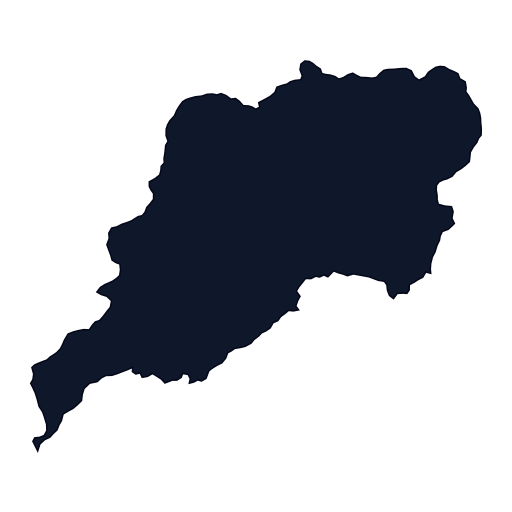 the district of Bocaina de Minas, Minas Gerais, Brazil
{"feature_id": "56859067B74757046772552", "entity_name": "Bocaina de Minas", "entity_type": "district", "adm_level": 2, "iso_a3": "BRA", "parent_name": "Brazil", "parent_adm1": "Minas Gerais", "projection": "albers", "projection_center": [-44.499, -22.241], "detail": "fine", "context": "isolated", "style": "filled", "palette": "ink", "viewbox_px": 512, "rotation_deg": 0, "n_neighbors": 0, "source": "geoboundaries", "source_scale": "gbopen_adm2", "svg_char_len": 3664}
<svg xmlns="http://www.w3.org/2000/svg" viewBox="0 0 512 512"><path d="M168.1,141.3L165.7,145.3L165.0,152.4L164.0,158.7L164.3,162.9L161.2,166.3L160.9,170.5L159.7,175.0L154.9,178.7L149.3,181.8L149.3,186.4L151.2,190.2L153.6,193.5L153.5,199.4L150.4,203.4L146.9,207.3L144.9,212.5L142.1,215.7L138.2,216.6L134.8,218.7L131.5,220.9L126.8,222.7L122.1,224.2L116.8,226.9L111.7,228.0L108.8,233.1L109.2,238.5L106.9,244.7L108.9,250.2L110.8,255.2L112.1,260.1L115.8,262.5L119.9,264.0L120.5,269.8L119.7,275.5L116.5,278.5L112.6,281.2L109.1,282.8L105.1,284.5L100.4,287.4L96.9,292.0L101.2,294.5L106.9,296.3L111.6,300.8L110.3,307.4L107.5,310.7L103.4,316.2L99.5,320.6L95.3,321.9L92.4,325.2L89.2,329.9L83.7,329.6L79.0,330.5L73.8,331.8L68.1,334.0L64.4,340.2L62.6,344.5L60.5,348.7L56.9,352.5L53.8,354.7L50.3,356.9L46.9,360.0L43.2,361.4L38.8,363.1L34.7,364.9L31.9,367.5L33.7,374.0L32.9,379.6L30.7,383.3L32.9,387.7L35.3,393.0L37.2,399.0L39.1,406.4L42.7,411.9L44.5,417.2L46.6,424.2L46.9,430.6L44.2,435.5L39.5,437.4L34.8,437.8L32.9,441.3L37.7,451.0L39.9,444.0L44.7,439.6L49.9,437.2L53.0,433.7L57.0,429.9L59.0,424.8L61.4,420.7L63.1,414.0L68.9,410.6L73.0,408.4L77.0,405.0L81.5,400.6L82.2,394.6L84.0,388.6L89.6,383.2L97.1,381.7L101.4,377.8L105.9,375.5L111.9,375.3L117.5,373.5L121.0,372.1L127.1,369.8L132.8,367.4L132.4,371.6L135.8,374.0L140.1,372.9L142.2,377.3L147.4,376.4L152.5,373.5L157.2,376.4L161.4,379.1L164.9,383.0L172.4,380.1L176.9,380.1L181.2,377.4L182.6,373.5L188.1,374.4L190.3,378.8L189.3,383.2L193.6,382.1L197.7,379.9L201.5,381.0L206.0,378.4L208.8,370.9L211.9,368.4L216.7,365.4L221.9,362.8L225.7,358.1L227.7,352.7L231.1,351.0L234.7,348.4L240.2,347.5L245.0,346.4L251.0,343.2L254.0,339.5L258.5,336.1L261.5,332.9L265.8,330.9L270.1,328.0L273.1,322.7L277.8,320.7L280.6,316.6L284.1,314.1L288.6,310.4L293.3,310.9L298.6,309.9L295.8,306.1L297.6,300.8L300.0,296.3L296.3,291.1L299.0,286.6L301.6,283.5L305.5,278.5L311.0,278.6L315.7,276.2L319.6,277.0L323.8,275.0L327.9,276.8L333.6,270.9L338.5,272.8L343.0,274.0L347.4,275.7L353.5,273.9L359.2,275.0L369.0,276.8L378.3,280.3L384.4,281.3L386.9,284.9L387.5,290.4L389.5,295.5L393.5,298.6L397.3,293.4L403.1,293.1L406.9,293.4L409.2,290.0L409.3,284.7L414.3,282.1L418.2,279.5L422.7,277.3L425.8,272.0L430.7,273.3L430.3,269.1L430.7,263.5L432.4,256.9L435.1,251.7L437.0,245.4L439.5,240.2L440.1,236.2L442.3,231.5L448.2,229.3L451.5,226.3L454.4,223.5L451.9,218.3L453.1,211.7L451.5,206.7L444.9,206.1L438.3,204.3L437.1,199.5L437.1,195.5L436.2,189.8L436.5,185.2L439.1,181.8L443.1,179.9L446.9,178.8L452.1,176.2L455.8,171.7L460.9,168.7L465.2,165.4L469.3,161.6L469.9,156.6L470.3,152.2L473.3,146.9L476.8,142.4L478.5,138.3L481.1,135.1L481.3,128.5L480.7,122.6L480.5,117.9L479.6,113.2L477.9,108.7L473.4,104.1L470.4,98.8L468.3,95.2L465.8,91.9L466.2,87.6L465.2,81.8L459.7,78.7L457.9,73.7L454.0,71.7L448.8,69.5L444.4,66.8L440.1,66.4L435.8,67.3L432.1,69.7L428.4,72.3L425.3,76.9L418.9,80.2L414.3,76.8L411.3,70.8L406.2,68.5L401.1,68.6L393.6,69.3L387.8,69.5L383.9,70.3L379.9,73.6L376.6,77.3L372.2,78.2L366.5,77.6L360.6,77.4L356.1,75.2L352.8,73.2L348.1,74.7L343.3,77.7L338.8,79.1L335.1,76.6L330.2,75.1L325.5,74.5L321.9,73.6L320.3,69.0L315.9,66.2L312.7,63.4L309.2,61.4L304.8,61.0L300.9,64.1L300.0,69.7L302.3,75.8L300.7,79.8L294.8,80.4L290.3,81.8L287.0,84.1L282.6,85.2L276.9,87.2L275.0,92.3L270.3,96.4L263.4,100.2L258.7,102.6L259.7,107.2L255.7,109.2L252.0,107.0L248.4,105.9L243.2,105.7L239.3,101.3L235.5,98.5L230.8,99.1L226.1,95.6L221.1,93.6L216.9,94.9L212.5,94.0L207.0,94.3L201.7,96.1L195.3,96.8L190.1,98.2L186.0,99.6L182.6,101.7L179.3,106.2L176.8,110.3L174.4,115.8L169.9,120.7L167.6,124.8L166.2,129.0L166.1,135.6L168.1,141.3Z" fill="#0f172a" stroke="#020617" stroke-width="1.5"/></svg>